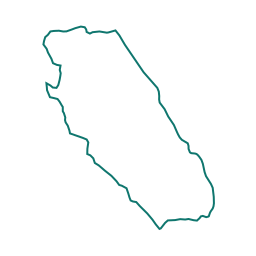 map outline of West Bosnia (orthographic projection), rotated 190°
{"feature_id": "BIH-2224", "entity_name": "West Bosnia", "entity_type": "Canton", "adm_level": 1, "iso_a3": "BIH", "parent_name": "Bosnia and Herzegovina", "parent_adm1": "", "projection": "orthographic", "projection_center": [16.924, 43.992], "detail": "fine", "context": "isolated", "style": "outline", "palette": "teal", "viewbox_px": 256, "rotation_deg": 190, "n_neighbors": 0, "source": "natural_earth", "source_scale": "10m", "svg_char_len": 1716}
<svg xmlns="http://www.w3.org/2000/svg" viewBox="0 0 256 256"><g transform="rotate(190 128 128)"><path d="M57.6,114.5L56.0,114.3L54.6,113.5L53.0,112.2L50.2,109.4L48.1,105.8L44.9,97.9L42.8,94.1L36.6,87.3L34.2,83.8L31.6,75.1L30.3,68.7L30.2,65.7L30.6,63.4L32.1,60.2L32.6,58.5L33.1,55.1L33.9,54.5L35.5,53.8L39.1,54.4L40.9,53.6L41.8,51.7L44.0,48.8L47.4,48.6L52.6,48.9L55.8,47.8L60.8,47.3L65.6,45.5L72.7,43.9L75.0,41.0L78.3,34.8L79.5,34.1L83.9,37.9L88.0,42.0L94.2,47.2L103.0,53.3L107.0,56.5L110.5,56.5L112.8,57.1L114.4,59.7L116.3,63.5L119.0,68.4L124.1,70.1L126.8,70.4L130.1,73.6L136.0,78.0L143.4,82.0L150.3,86.1L154.6,87.8L156.9,92.1L160.3,94.5L163.6,95.3L164.4,100.5L164.6,106.9L166.7,109.5L170.7,110.4L184.2,112.6L185.2,115.2L187.7,119.8L190.4,122.7L191.4,124.9L191.6,127.5L193.3,130.7L193.7,131.5L195.1,133.1L195.9,137.4L197.4,139.0L199.9,142.0L202.4,144.3L206.1,144.6L210.2,144.8L214.3,151.2L215.1,154.4L215.3,155.0L216.1,157.9L211.8,156.4L209.1,154.8L205.4,155.1L205.0,156.1L204.1,158.2L203.8,162.2L203.7,163.6L203.7,167.6L203.8,170.3L205.3,173.3L205.3,175.7L205.3,177.8L206.9,177.8L209.0,177.8L213.1,178.8L215.4,182.8L219.9,188.4L221.9,191.9L223.6,193.5L225.8,195.6L225.8,196.8L225.8,198.9L225.3,203.1L223.1,205.8L221.2,209.6L217.9,210.7L212.9,211.8L208.8,211.8L205.5,212.4L200.7,215.1L197.2,217.2L192.0,219.7L188.1,219.7L186.3,217.8L185.4,215.4L181.9,214.4L179.5,216.2L172.9,218.1L165.4,218.2L163.9,218.7L157.3,221.9L152.6,217.7L145.5,209.4L122.3,185.6L106.1,172.6L104.0,169.2L102.8,164.9L102.3,161.5L101.2,158.5L95.2,152.9L90.4,146.3L83.3,138.9L79.2,132.7L77.6,130.4L75.4,127.7L72.9,125.7L66.5,123.3L65.3,120.9L64.7,117.9L62.8,114.8L61.4,114.2L57.6,114.5Z" fill="none" stroke="#0f766e" stroke-width="2"/></g></svg>